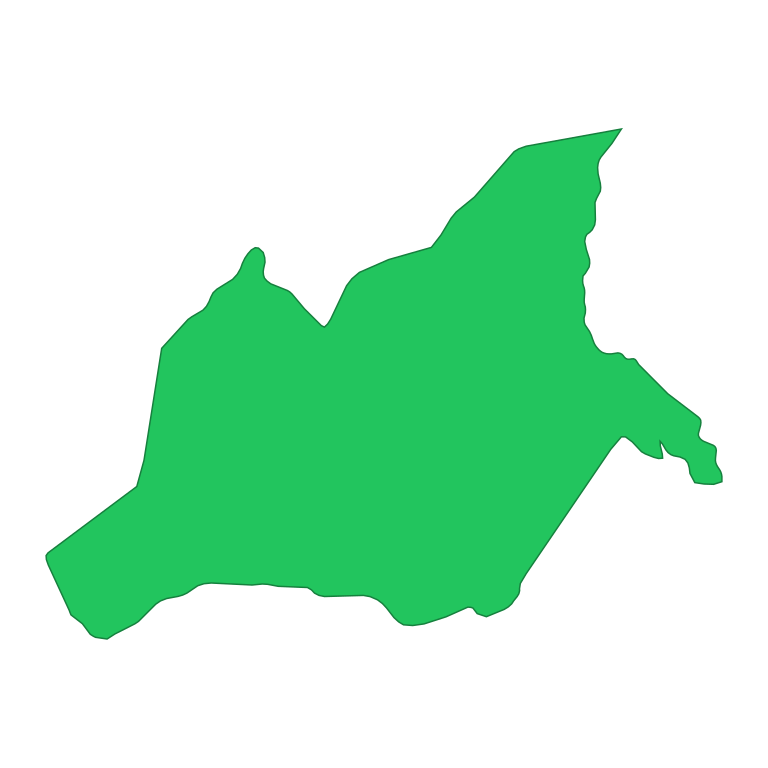 outline of Caaguazú
{"feature_id": "PRY-617", "entity_name": "Caaguazú", "entity_type": "Department", "adm_level": 1, "iso_a3": "PRY", "parent_name": "Paraguay", "parent_adm1": "", "projection": "robinson", "projection_center": [-55.638, -25.106], "detail": "fine", "context": "isolated", "style": "filled", "palette": "green", "viewbox_px": 768, "rotation_deg": 0, "n_neighbors": 0, "source": "natural_earth", "source_scale": "10m", "svg_char_len": 2833}
<svg xmlns="http://www.w3.org/2000/svg" viewBox="0 0 768 768"><path d="M324.4,327.1L327.6,324.1L330.7,319.2L346.6,285.7L351.9,278.8L359.4,272.4L388.6,259.6L431.4,247.4L441.0,235.0L451.2,218.1L456.3,211.9L474.4,197.1L514.2,151.6L518.9,148.8L526.2,146.2L621.4,129.0L612.0,143.3L600.9,157.1L599.2,160.0L598.1,163.5L597.6,167.6L598.1,173.9L600.3,183.3L600.7,187.6L600.3,191.2L596.5,198.5L595.0,202.5L595.4,219.8L594.7,224.9L592.2,229.8L589.7,232.3L586.9,234.3L585.5,236.9L584.7,241.5L586.3,249.4L589.5,259.5L589.7,263.2L589.1,267.0L585.4,273.2L583.0,276.0L582.6,280.5L582.8,283.4L583.5,286.0L584.2,288.0L584.6,290.2L584.7,292.9L584.2,299.5L584.2,302.3L584.7,304.8L585.3,306.9L585.5,309.6L585.3,313.0L584.0,318.1L584.2,322.1L585.0,324.8L589.5,331.5L591.3,335.3L592.6,339.2L594.2,343.4L595.2,345.2L596.3,346.8L598.9,349.8L600.4,351.1L602.1,352.3L604.2,353.1L606.4,353.7L608.9,353.9L611.3,353.9L617.9,352.9L620.0,353.3L621.8,354.2L623.2,355.6L624.4,357.2L625.8,358.5L627.6,359.2L629.6,359.2L631.6,358.9L633.7,358.8L635.3,359.6L636.5,361.1L638.6,364.5L667.8,393.8L698.2,417.0L699.7,418.5L700.7,420.2L700.9,422.6L700.6,425.2L698.4,433.4L698.4,435.5L699.2,437.3L700.3,438.9L701.7,440.1L703.6,441.3L713.3,445.3L714.9,446.5L715.9,448.2L716.3,450.4L715.5,458.0L715.4,460.6L715.8,462.9L716.6,464.9L717.6,466.7L719.9,470.2L720.8,472.0L721.5,474.1L721.9,476.5L721.9,481.7L713.7,484.3L704.1,484.0L694.8,482.6L690.0,473.5L689.3,467.8L687.9,463.0L685.1,459.3L680.0,457.0L673.8,455.8L671.0,454.7L668.1,452.6L665.9,449.9L662.4,443.9L660.1,441.3L660.3,445.8L662.3,454.1L662.6,458.2L658.6,458.5L653.9,457.3L645.3,453.9L641.5,451.7L632.3,441.9L625.6,436.9L621.4,436.8L610.7,449.4L526.2,573.6L520.3,583.5L519.5,588.7L519.6,590.7L518.8,593.8L517.1,596.6L513.7,600.8L511.7,603.8L508.3,606.9L504.2,609.4L486.4,616.7L477.2,613.6L473.0,608.1L471.1,607.4L467.9,607.1L446.1,616.8L424.1,623.9L412.7,625.5L403.5,624.8L398.7,621.9L394.0,617.6L386.5,607.9L382.4,603.5L377.5,599.8L370.1,596.6L363.4,595.4L324.5,596.5L319.0,595.4L314.5,593.1L311.5,589.9L307.5,587.5L278.2,586.3L267.6,584.3L262.3,584.0L252.1,585.0L211.2,583.0L204.0,583.7L197.8,585.7L186.9,593.1L182.8,595.0L178.1,596.4L166.7,598.5L160.5,600.9L155.7,604.2L138.5,621.4L134.9,623.8L115.0,633.9L107.1,639.0L95.5,637.3L93.3,636.2L90.3,634.3L82.4,623.7L71.0,614.9L69.7,611.7L69.4,610.7L48.3,565.0L46.4,559.6L46.1,555.6L48.1,552.8L136.8,486.5L144.0,460.3L161.7,348.3L188.0,319.5L191.9,316.7L202.9,310.2L206.5,306.3L209.2,301.4L210.9,297.1L213.1,292.8L216.9,289.2L232.6,279.4L237.3,274.3L240.6,268.5L242.4,263.4L244.9,258.2L247.9,253.8L251.3,250.0L255.2,247.7L258.5,248.1L263.2,252.5L264.7,257.6L265.0,262.2L263.6,268.6L263.2,271.7L263.5,275.2L264.5,278.2L267.1,281.1L270.7,283.8L287.4,290.5L289.7,291.9L292.0,294.0L304.4,308.8L321.3,325.6L324.4,327.1Z" fill="#22c55e" stroke="#15803d" stroke-width="1.5"/></svg>